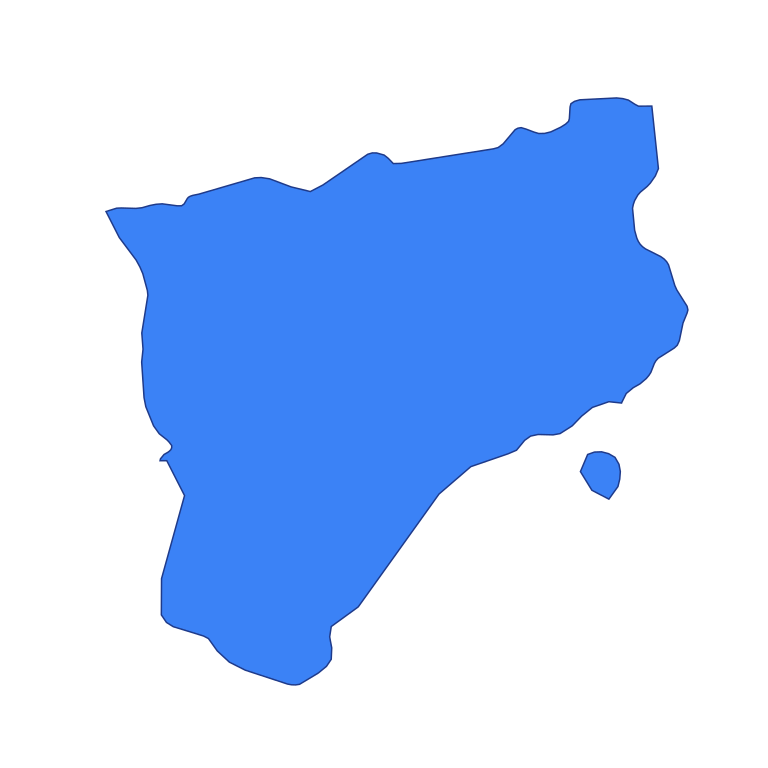 the Province of Gegharkunik, rotated 96°
{"feature_id": "ARM-1672", "entity_name": "Gegharkunik", "entity_type": "Province", "adm_level": 1, "iso_a3": "ARM", "parent_name": "Armenia", "parent_adm1": "", "projection": "mercator", "projection_center": [45.283, 40.3], "detail": "fine", "context": "isolated", "style": "filled", "palette": "blue", "viewbox_px": 768, "rotation_deg": 96, "n_neighbors": 0, "source": "natural_earth", "source_scale": "10m", "svg_char_len": 2158}
<svg xmlns="http://www.w3.org/2000/svg" viewBox="0 0 768 768"><g transform="rotate(96 384 384)"><path d="M378.1,145.8L378.1,158.5L385.5,174.3L395.4,184.2L405.9,192.4L414.9,203.7L416.9,210.5L418.1,225.5L420.5,232.8L425.3,238.2L436.0,245.3L440.4,253.2L457.1,289.0L487.7,317.8L608.3,386.3L608.7,386.7L630.7,411.1L641.1,411.6L644.6,410.6L651.9,408.4L663.3,407.7L670.8,411.7L678.2,419.0L691.5,436.6L692.5,440.5L692.8,444.5L692.5,448.6L683.1,492.1L676.8,508.7L666.9,521.9L655.5,532.0L653.5,537.1L647.4,568.2L643.9,575.4L636.9,581.3L600.8,584.9L515.8,570.7L483.0,592.0L483.7,598.7L481.8,598.5L477.1,595.4L474.5,591.8L473.2,590.4L471.6,589.1L469.7,588.5L467.4,588.7L464.2,591.7L462.4,593.8L457.0,602.3L449.7,608.8L431.5,618.5L422.7,621.2L387.5,627.3L374.6,627.3L358.6,630.2L320.5,628.1L315.8,629.1L299.5,635.4L293.1,639.0L286.6,643.5L266.0,662.6L241.5,678.5L237.1,668.3L236.4,663.7L235.3,649.1L234.0,643.1L230.9,635.4L229.1,629.5L228.0,623.4L228.4,608.2L227.9,603.9L225.8,601.6L220.1,599.0L218.7,598.0L217.5,596.3L216.4,593.9L214.5,587.9L192.5,534.2L191.5,527.7L191.9,519.2L197.7,496.9L200.3,477.4L192.5,465.6L157.2,424.2L155.4,419.8L155.0,415.4L156.3,407.8L159.1,403.4L163.8,397.8L162.8,389.9L138.7,299.8L136.9,295.2L132.7,290.6L117.4,280.2L115.6,277.6L114.7,274.4L115.6,269.5L117.8,261.1L118.7,256.3L118.0,250.5L115.8,244.4L110.2,235.2L106.6,230.6L103.5,227.9L100.7,227.4L89.0,227.9L85.7,227.4L83.0,224.1L80.9,219.0L75.2,182.6L75.2,176.3L76.1,170.6L79.6,163.7L81.1,159.9L79.6,146.7L141.1,133.6L148.7,135.9L156.3,140.1L160.0,142.9L166.4,149.1L169.5,151.3L175.4,153.9L179.3,154.8L183.2,155.2L204.9,150.8L212.5,147.8L215.6,146.0L218.2,143.9L220.4,141.3L222.3,138.1L228.4,122.0L230.4,118.5L232.8,115.7L235.7,113.5L255.6,105.1L259.9,102.6L275.0,90.7L278.6,89.5L281.8,90.0L292.1,93.0L310.0,94.8L314.8,96.4L317.9,99.1L329.7,114.0L332.5,116.0L335.4,117.3L344.5,119.8L347.7,121.4L351.1,123.7L357.0,129.3L361.6,135.7L368.1,142.1L378.0,145.8L378.1,145.8ZM454.0,139.6L461.5,140.6L475.0,148.3L468.0,166.1L450.6,179.5L432.8,174.1L429.7,167.6L428.7,160.5L429.8,153.3L432.8,146.6L439.3,141.9L446.4,139.8L454.0,139.6Z" fill="#3b82f6" stroke="#1e3a8a" stroke-width="1.5"/></g></svg>